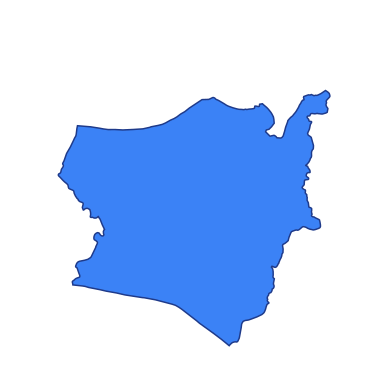 Maha Rat, Phra Nakhon Si Ayutthaya, Thailand (Mercator projection), rotated 197°
{"feature_id": "78962969B63768229045772", "entity_name": "Maha Rat", "entity_type": "district", "adm_level": 2, "iso_a3": "THA", "parent_name": "Thailand", "parent_adm1": "Phra Nakhon Si Ayutthaya", "projection": "mercator", "projection_center": [100.519, 14.568], "detail": "fine", "context": "isolated", "style": "filled", "palette": "blue", "viewbox_px": 384, "rotation_deg": 197, "n_neighbors": 0, "source": "geoboundaries", "source_scale": "gbopen_adm2", "svg_char_len": 5879}
<svg xmlns="http://www.w3.org/2000/svg" viewBox="0 0 384 384"><g transform="rotate(197 192 192)"><path d="M111.5,55.9L111.3,56.4L110.8,57.5L109.8,59.2L109.0,60.1L108.4,60.5L107.1,61.3L105.5,61.6L105.2,61.8L104.7,62.3L104.5,63.0L104.1,65.8L104.2,67.3L105.3,76.7L105.8,79.5L105.9,80.4L105.8,81.2L105.3,83.1L105.1,83.4L103.7,84.6L100.6,86.1L98.5,87.6L93.2,91.7L89.4,95.2L88.2,97.0L87.9,97.7L87.6,98.9L87.4,101.3L87.5,103.8L87.4,106.3L86.8,107.3L86.1,108.0L86.1,108.5L86.5,108.9L87.6,109.3L88.3,110.3L88.4,110.5L88.2,111.5L89.1,112.5L89.2,114.2L88.6,115.9L88.8,116.9L88.7,117.5L88.3,118.0L87.2,118.9L86.8,120.0L86.7,121.2L86.9,122.7L86.3,123.3L86.0,123.8L85.8,125.2L86.1,126.3L87.2,127.8L87.5,129.1L87.9,133.1L89.1,133.7L89.5,134.1L89.8,134.7L90.1,136.4L91.1,139.5L92.0,141.4L92.4,142.0L93.3,142.9L94.1,143.4L93.8,144.4L93.3,144.4L92.2,144.4L91.6,144.1L90.9,144.3L90.6,144.2L90.3,144.3L89.4,145.1L89.0,146.1L88.7,147.3L88.6,148.3L88.2,149.4L88.3,149.8L88.0,153.2L87.6,155.1L87.5,156.9L87.8,159.0L87.3,160.6L88.2,164.1L89.7,167.1L89.8,167.8L89.5,168.7L88.2,169.9L86.8,171.9L85.8,173.6L86.0,176.8L85.6,181.6L85.4,182.7L85.2,183.2L84.4,183.9L82.0,185.7L81.0,186.2L79.6,186.4L79.1,186.8L78.4,187.5L76.2,190.9L75.7,191.3L74.9,191.5L73.3,191.6L72.3,191.5L70.7,191.1L69.3,191.0L68.4,190.9L66.4,191.1L65.5,191.1L64.6,191.3L63.0,192.2L60.3,194.2L59.4,195.1L59.1,195.9L59.1,196.7L59.6,198.2L60.8,200.6L61.9,202.5L62.6,202.8L66.6,203.4L67.9,203.8L69.4,203.6L70.6,204.0L70.9,204.7L70.7,206.0L71.5,206.8L71.6,207.4L72.1,208.4L72.2,209.6L72.8,211.2L73.7,211.6L75.5,211.7L75.9,211.9L77.6,215.7L79.5,217.7L80.3,220.6L81.0,221.5L81.4,222.9L83.0,223.9L83.5,224.4L83.8,226.2L84.1,226.9L84.4,227.1L85.8,227.2L86.8,227.6L87.7,228.1L88.0,228.5L87.9,229.4L87.0,231.3L86.9,231.9L87.7,235.4L87.7,236.0L87.5,236.4L86.8,236.9L84.8,237.8L84.4,238.1L84.3,238.6L84.5,239.3L84.9,239.6L87.1,240.4L87.5,241.0L87.7,241.5L87.7,243.0L87.3,243.9L86.4,244.6L85.1,245.0L84.9,245.2L84.9,245.6L85.4,246.8L86.1,247.7L87.9,249.0L89.0,250.4L90.3,250.4L90.8,250.6L91.0,250.8L90.0,252.4L89.0,254.8L88.6,256.9L88.6,258.5L88.1,260.1L88.2,261.4L89.2,264.4L89.4,265.6L89.3,267.0L89.1,267.7L88.7,268.5L88.7,269.1L89.3,271.6L89.5,272.1L93.9,279.0L94.3,279.3L95.0,279.6L97.3,280.3L97.9,280.8L98.6,281.9L98.5,283.0L98.1,286.3L98.2,287.8L98.5,290.7L98.4,291.9L98.0,293.2L98.1,293.9L98.3,294.2L98.6,294.3L100.1,294.0L100.8,294.2L101.2,294.6L101.6,295.5L103.2,296.5L103.7,297.0L103.9,297.6L103.8,298.1L103.5,298.4L103.0,298.7L102.2,299.0L101.7,299.3L101.6,299.7L101.4,301.2L101.2,301.6L100.6,302.0L99.7,302.3L98.2,302.5L97.1,302.8L95.2,303.8L94.4,303.8L93.1,304.1L91.2,304.4L90.1,304.7L87.0,306.7L86.0,307.8L86.4,311.4L86.6,311.7L88.4,313.1L89.3,314.4L89.5,315.3L89.4,316.6L90.2,317.9L90.2,318.9L88.3,322.8L88.1,323.7L88.5,324.8L89.6,326.4L91.3,327.3L94.0,328.1L97.4,323.9L99.5,321.9L100.8,320.9L102.2,320.6L103.1,320.0L103.6,319.8L106.4,320.1L107.5,319.2L108.9,319.0L110.0,318.3L113.0,316.0L113.0,315.0L112.0,313.4L111.9,313.0L112.1,312.8L113.0,312.1L113.3,311.6L113.5,310.9L113.8,310.0L113.9,308.9L114.6,306.6L114.9,304.1L116.0,299.5L116.7,297.6L117.5,295.8L118.0,294.3L119.5,292.1L120.5,290.0L121.2,288.3L121.1,286.8L121.4,281.4L121.2,277.0L121.2,272.6L121.3,272.0L121.9,270.5L122.6,269.8L123.4,269.4L126.6,268.7L127.9,269.6L128.7,269.9L129.9,270.2L130.4,270.1L133.5,268.3L133.9,268.3L139.2,271.1L139.1,272.6L139.0,273.1L136.7,274.5L135.0,277.6L133.5,281.8L134.9,285.3L136.1,287.6L138.2,289.8L139.8,291.2L143.0,293.4L145.3,294.7L149.5,296.5L150.4,297.0L153.0,295.7L152.7,293.6L153.5,293.1L155.7,292.9L156.9,292.6L157.0,292.2L156.8,290.4L157.6,289.7L159.5,288.8L161.6,288.0L163.7,286.9L165.1,286.8L166.5,285.9L168.6,285.5L171.3,284.8L173.3,284.6L177.6,284.5L182.1,284.7L184.2,285.0L187.4,285.9L193.3,287.3L196.4,287.7L197.8,288.5L199.2,288.6L199.9,288.3L202.4,286.0L203.2,285.4L209.4,283.3L219.1,271.5L222.4,266.7L225.6,263.3L228.4,259.4L230.7,256.9L233.5,254.5L237.6,250.2L240.2,248.0L243.8,245.8L250.2,242.4L251.3,241.5L257.5,238.0L266.5,234.6L276.3,231.1L284.0,229.2L290.4,227.2L295.2,226.4L298.9,226.0L308.0,224.7L320.9,221.9L320.6,218.9L319.6,213.4L319.5,211.5L320.1,209.1L320.3,207.3L321.5,199.4L323.0,193.1L323.2,192.0L323.5,184.5L324.0,181.6L323.8,180.9L323.2,180.4L322.8,179.9L322.6,179.0L322.8,177.8L323.5,175.6L323.3,172.6L323.4,172.0L323.6,171.5L324.8,170.2L324.9,169.6L324.7,168.9L324.2,168.4L322.6,167.6L318.8,165.4L316.8,164.4L314.1,163.3L313.1,162.7L312.6,162.3L311.6,160.4L310.9,159.5L310.0,159.2L306.4,158.8L305.6,158.5L305.3,158.2L304.2,156.2L302.3,154.1L300.1,152.3L298.8,151.7L298.1,150.7L296.4,150.0L294.1,149.9L293.3,149.7L292.8,149.3L292.5,148.6L292.4,145.5L292.3,145.0L290.7,143.0L290.3,143.1L289.5,144.4L289.1,144.9L287.7,145.7L286.7,145.8L284.6,145.3L283.4,143.5L282.8,142.2L282.3,140.8L282.1,138.8L281.9,138.4L281.5,138.2L281.0,138.2L280.2,138.6L279.6,138.7L278.1,138.5L277.0,138.7L275.7,139.4L275.1,140.2L274.5,141.2L274.4,141.2L273.6,140.3L272.2,139.3L271.7,138.8L268.2,134.4L264.7,130.6L265.0,130.2L265.1,129.7L265.2,128.9L265.2,128.2L264.5,126.4L263.8,125.4L263.8,124.9L264.0,124.3L264.3,124.0L265.0,123.7L265.8,123.7L266.6,123.9L267.2,124.3L268.9,125.6L270.0,125.6L270.7,125.4L271.7,124.4L272.3,123.5L272.6,122.6L272.7,120.9L272.4,119.3L272.0,118.4L271.4,117.8L269.5,117.3L267.9,116.5L267.7,116.2L267.6,115.6L267.5,114.9L268.0,111.7L267.9,110.9L269.4,100.9L269.8,99.7L271.9,97.2L274.8,95.3L279.3,92.9L280.4,92.0L281.0,91.0L281.4,89.9L281.6,87.2L281.4,86.5L281.0,86.2L279.6,85.7L276.6,81.5L275.0,79.5L274.6,78.4L274.6,77.9L274.9,77.5L276.8,76.1L277.8,75.2L278.9,73.6L279.1,73.0L279.8,72.3L280.1,71.7L280.2,71.0L279.1,69.1L278.8,68.3L269.4,70.1L266.5,70.5L262.9,70.5L251.2,71.7L245.1,72.1L234.5,73.4L225.9,74.0L208.6,76.5L206.8,76.9L195.5,78.2L178.2,78.9L174.6,78.8L170.7,77.9L167.3,76.8L149.9,70.2L146.5,68.7L129.5,62.9L120.5,59.6L111.5,55.9Z" fill="#3b82f6" stroke="#1e3a8a" stroke-width="1.5"/></g></svg>